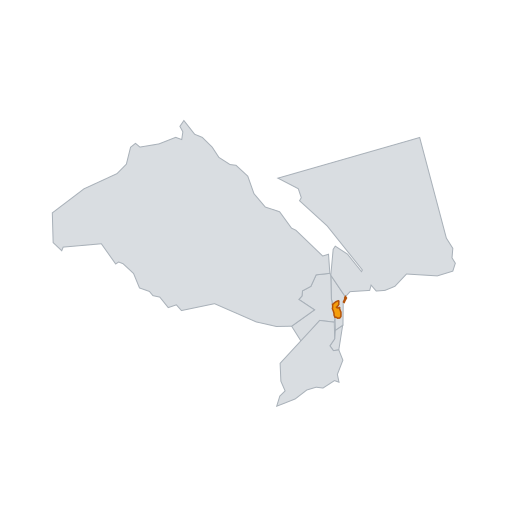 Palestine and the surrounding countries, rotated 164°
{"feature_id": "PSE", "entity_name": "Palestine", "entity_type": "country or territory", "adm_level": 0, "iso_a3": "PSE", "parent_name": "Asia", "parent_adm1": "", "projection": "robinson", "projection_center": [35.031, 31.871], "detail": "fine", "context": "with_neighbors", "style": "filled", "palette": "amber", "viewbox_px": 512, "rotation_deg": 164, "n_neighbors": 6, "source": "natural_earth", "source_scale": "50m", "svg_char_len": 2781}
<svg xmlns="http://www.w3.org/2000/svg" viewBox="0 0 512 512"><g transform="rotate(164 256 256)"><path d="M200.2,162.6L196.9,175.3L192.6,173.3L190.0,182.9L193.1,184.5L190.0,186.5L189.4,190.3L195.2,188.3L195.4,193.9L189.4,216.9L181.4,192.2L184.9,187.5L191.5,165.4L200.2,162.6Z" fill="#d9dde1" stroke="#a8b0b8" stroke-width="1"/><path d="M200.2,162.6L191.9,165.3L202.3,142.9L207.7,143.7L209.7,149.3L203.2,154.7L200.2,162.6Z" fill="#d9dde1" stroke="#a8b0b8" stroke-width="1"/><path d="M196.9,175.3L199.0,170.8L212.5,176.5L236.0,161.1L241.1,178.7L214.6,188.1L226.8,202.4L222.8,204.9L220.9,209.7L211.6,211.7L203.4,221.3L189.8,219.0L189.4,216.9L195.4,193.9L196.9,175.3Z" fill="#d9dde1" stroke="#a8b0b8" stroke-width="1"/><path d="M199.0,170.8L203.2,154.7L209.7,149.3L207.7,143.7L202.3,142.9L201.2,131.9L210.4,119.8L211.0,111.8L214.9,114.6L228.0,110.6L234.3,113.3L244.1,113.2L257.7,107.8L277.5,105.9L271.7,114.8L265.2,118.3L266.6,128.8L262.4,146.2L212.5,176.5L199.0,170.8Z" fill="#d9dde1" stroke="#a8b0b8" stroke-width="1"/><path d="M189.8,219.0L203.4,221.3L211.6,211.7L220.9,209.7L222.8,204.9L226.8,202.4L214.6,188.1L241.1,178.7L255.8,182.6L274.0,192.6L309.0,221.6L342.7,224.1L346.0,231.0L354.6,230.6L359.8,243.0L366.0,246.3L368.2,251.3L376.8,257.4L378.5,272.9L385.9,285.2L389.7,288.1L393.1,287.0L401.3,310.4L438.9,317.7L441.3,314.6L447.3,324.8L439.9,353.6L402.8,368.0L366.9,373.5L355.3,380.0L346.6,395.1L340.8,397.5L337.6,392.7L318.4,390.5L300.5,392.2L295.3,388.4L292.1,395.5L293.4,401.6L288.0,406.1L281.4,389.9L274.9,384.8L268.1,372.7L264.5,361.0L255.8,351.1L250.2,348.7L241.9,335.0L240.8,316.5L233.6,300.5L221.1,292.0L214.2,273.0L210.6,269.8L191.9,237.6L185.8,237.7L189.8,219.0Z" fill="#d9dde1" stroke="#a8b0b8" stroke-width="1"/><path d="M213.5,324.8L66.0,324.8L68.1,220.7L64.7,209.1L68.1,200.2L66.4,194.1L71.0,187.2L87.2,186.9L116.3,197.2L130.8,188.6L141.5,187.4L150.1,189.2L153.4,196.3L156.2,191.6L175.4,195.8L181.4,192.2L189.4,216.9L180.0,241.1L177.1,243.6L167.5,232.5L158.9,211.9L157.6,213.2L179.3,265.3L198.9,297.1L196.4,299.6L196.8,309.0L213.5,324.8Z" fill="#d9dde1" stroke="#a8b0b8" stroke-width="1"/><path d="M197.0,175.3L197.3,177.6L196.8,179.5L196.8,181.2L197.1,184.4L196.4,185.7L196.0,187.3L195.8,188.5L195.3,188.4L193.7,189.3L191.6,190.1L189.2,190.3L188.9,190.1L188.8,189.7L189.5,187.6L189.7,186.7L190.8,185.7L192.2,184.8L192.8,184.6L192.7,184.2L191.9,183.6L191.0,183.3L190.1,183.6L189.9,183.5L189.8,183.3L190.1,182.9L190.2,182.2L190.1,181.1L190.0,179.7L189.8,178.7L190.3,176.9L190.5,176.1L191.1,174.4L192.7,173.3L194.0,173.6L194.7,173.7L195.0,173.9L195.2,174.5L196.2,175.2L197.0,175.3ZM184.0,187.0L184.6,187.6L184.6,187.8L182.4,190.2L182.4,191.2L181.2,192.4L180.8,191.2L180.6,190.7L182.9,188.4L184.0,187.0Z" fill="#f59e0b" stroke="#b45309" stroke-width="1.5"/></g></svg>